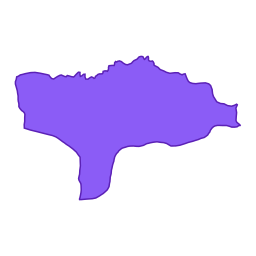 the district of Karluway #1, Maryland, Liberia
{"feature_id": "62588387B21181915979204", "entity_name": "Karluway #1", "entity_type": "district", "adm_level": 2, "iso_a3": "LBR", "parent_name": "Liberia", "parent_adm1": "Maryland", "projection": "albers", "projection_center": [-7.745, 4.792], "detail": "fine", "context": "isolated", "style": "filled", "palette": "violet", "viewbox_px": 256, "rotation_deg": 0, "n_neighbors": 0, "source": "geoboundaries", "source_scale": "gbopen_adm2", "svg_char_len": 3592}
<svg xmlns="http://www.w3.org/2000/svg" viewBox="0 0 256 256"><path d="M24.3,128.1L30.3,130.0L36.0,131.4L38.4,132.0L44.6,133.6L49.4,134.8L52.4,135.5L55.9,136.9L58.0,138.2L59.9,139.6L60.2,139.8L62.7,141.7L64.4,142.8L66.3,144.3L69.0,146.0L72.8,148.9L75.8,151.6L76.3,152.0L78.3,154.9L80.1,157.2L80.2,160.5L80.4,165.9L79.8,170.5L79.6,174.2L79.0,176.6L78.6,178.6L79.0,180.2L79.2,180.6L80.8,183.5L80.9,184.3L81.0,184.6L81.1,186.3L81.2,189.2L81.2,190.0L81.0,192.4L80.5,195.1L79.9,197.9L79.5,199.0L79.6,199.6L80.2,199.6L81.0,199.6L86.4,199.1L92.3,198.7L95.8,198.0L99.2,196.1L101.6,194.5L103.2,193.5L105.5,191.5L107.3,189.8L109.0,186.7L109.5,183.3L109.9,181.7L110.2,178.1L110.2,177.3L110.4,176.5L111.1,173.8L111.4,170.7L111.4,170.2L111.9,168.4L112.6,165.0L113.2,163.0L113.8,161.3L114.1,159.4L114.7,156.9L115.6,155.1L116.5,153.6L118.0,152.1L118.8,150.8L120.7,149.2L122.1,148.2L123.6,147.7L125.7,147.1L127.8,146.4L128.6,146.3L129.8,146.1L133.4,146.0L136.2,146.3L139.0,146.4L140.9,146.0L143.6,145.3L146.6,143.7L147.4,143.5L148.4,143.3L150.3,142.8L153.4,142.2L157.0,141.8L161.0,142.4L163.6,142.6L166.7,143.5L168.7,144.7L171.0,146.0L171.3,146.0L175.7,145.9L180.0,145.2L185.0,143.6L188.4,142.4L192.7,141.3L195.4,140.4L198.4,139.5L200.9,138.4L204.2,137.5L205.7,136.5L207.7,135.0L208.6,133.4L209.7,132.2L210.4,130.3L211.8,128.3L213.5,126.7L215.1,125.9L217.4,125.4L219.8,125.4L222.1,125.5L224.3,125.5L226.6,125.5L229.5,126.3L231.7,127.1L234.8,127.1L237.1,126.8L238.6,125.7L240.0,125.4L240.6,125.7L239.4,124.4L236.8,122.3L236.0,120.5L236.2,117.2L236.6,112.6L235.9,108.1L237.0,105.6L237.3,104.8L236.6,104.2L234.4,105.3L231.6,106.2L227.6,105.6L224.0,103.8L220.6,103.5L220.1,103.3L216.9,101.9L216.5,101.4L215.2,99.3L213.5,96.6L212.6,93.8L212.3,91.3L212.1,89.4L211.9,88.9L210.6,85.5L209.6,84.6L208.7,83.8L208.3,83.7L205.6,82.9L204.8,82.9L200.9,83.1L198.1,83.4L195.8,83.7L192.5,83.4L189.7,82.5L188.3,81.2L187.6,79.9L187.1,78.9L186.1,76.5L185.9,75.8L185.1,73.8L183.2,74.2L182.1,74.8L179.9,73.9L178.3,72.8L175.0,72.7L169.9,73.3L166.4,72.3L164.3,71.2L163.4,70.8L160.3,69.6L159.1,68.5L158.4,67.6L156.9,66.7L155.0,65.8L154.0,65.0L154.0,63.4L153.2,61.8L152.5,61.0L151.2,61.2L150.0,61.2L149.0,60.7L148.5,59.9L148.5,58.9L148.5,57.8L148.2,56.5L147.5,56.5L146.4,57.3L145.3,58.8L144.4,59.4L143.9,58.6L143.4,57.6L142.9,56.7L141.6,56.4L141.0,56.4L139.1,56.9L137.0,59.2L134.0,60.6L132.6,61.9L131.7,63.0L131.2,63.4L129.8,63.9L127.5,64.8L127.2,64.7L126.5,64.6L125.8,64.6L123.7,63.4L123.1,63.0L121.4,61.6L119.4,60.9L119.2,61.0L118.0,61.2L117.5,61.4L116.7,62.0L116.3,61.9L115.6,61.5L114.6,62.8L114.6,64.0L114.1,65.5L112.2,65.4L110.2,65.6L109.0,65.7L108.5,67.2L108.5,69.0L108.0,70.4L107.4,71.3L106.4,70.9L105.0,70.9L104.7,70.9L103.1,71.4L103.1,72.4L102.5,73.7L101.0,73.9L99.4,73.9L98.0,74.4L97.7,74.6L96.7,75.6L95.5,76.3L95.2,77.3L95.1,77.8L94.0,78.4L93.0,77.5L91.5,76.9L90.3,77.5L88.4,78.8L88.0,79.2L85.8,79.1L85.0,77.0L85.0,74.2L83.6,74.3L82.9,74.8L82.6,75.2L82.3,75.4L81.9,75.8L80.4,76.4L79.9,74.4L80.0,72.4L79.6,72.3L78.6,72.2L78.4,72.2L76.6,73.9L75.2,75.4L74.8,75.9L73.7,77.0L73.2,76.9L71.7,76.7L68.9,75.9L67.3,75.5L67.1,75.7L66.2,76.7L64.7,76.5L61.3,75.0L59.9,75.3L57.5,76.5L55.3,77.9L53.7,79.0L51.6,78.5L49.8,76.5L49.3,75.8L49.0,75.2L47.3,74.7L40.1,73.2L35.0,72.4L30.6,72.6L25.5,73.6L22.1,74.5L20.3,74.9L18.2,76.3L17.0,76.7L16.7,76.8L16.2,79.5L15.4,81.7L15.4,84.0L16.4,87.5L17.3,90.8L17.6,93.1L18.1,95.9L18.1,99.6L18.3,101.4L18.6,102.5L18.9,104.0L18.9,106.7L19.8,108.3L21.6,110.5L23.2,111.6L24.3,112.7L24.9,114.5L24.7,117.5L24.7,121.5L24.2,124.6L24.3,127.4L24.3,128.1Z" fill="#8b5cf6" stroke="#5b21b6" stroke-width="1.5"/></svg>